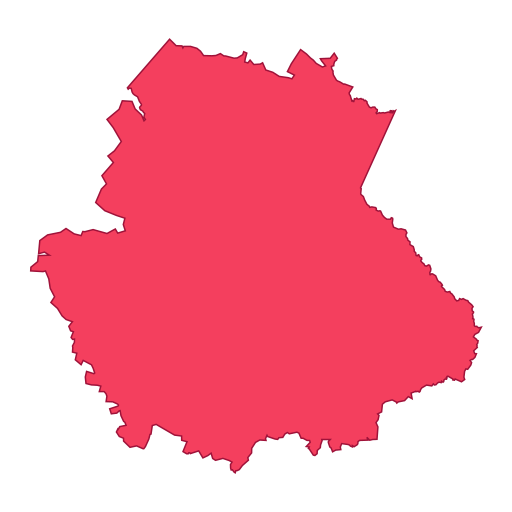 Pixley ka Seme, Northern Cape, South Africa
{"feature_id": "47623444B63696254381244", "entity_name": "Pixley ka Seme", "entity_type": "district", "adm_level": 2, "iso_a3": "ZAF", "parent_name": "South Africa", "parent_adm1": "Northern Cape", "projection": "natural_earth1", "projection_center": [24.003, -30.211], "detail": "fine", "context": "isolated", "style": "filled", "palette": "rose", "viewbox_px": 512, "rotation_deg": 0, "n_neighbors": 0, "source": "geoboundaries", "source_scale": "gbopen_adm2", "svg_char_len": 6001}
<svg xmlns="http://www.w3.org/2000/svg" viewBox="0 0 512 512"><path d="M372.6,439.5L377.0,439.3L377.9,426.9L376.0,422.6L378.1,419.7L379.0,415.4L377.6,413.9L381.6,411.9L382.4,404.2L385.3,401.8L392.2,399.9L396.2,402.0L396.8,403.1L398.2,401.9L404.6,400.6L408.3,396.6L412.1,398.7L411.1,393.1L415.7,391.3L415.9,391.7L418.2,391.3L419.2,392.1L420.0,391.5L420.7,389.4L421.9,387.8L426.5,385.1L431.8,385.9L433.3,383.9L434.4,385.0L436.0,384.7L437.5,383.0L439.0,382.2L441.2,382.6L441.5,381.2L443.0,382.2L443.7,381.6L443.9,380.1L445.2,379.0L446.5,379.2L447.0,377.9L446.4,377.6L447.1,376.4L448.0,376.2L453.0,379.1L452.8,379.9L454.5,380.2L455.1,379.0L461.5,381.8L464.7,379.5L463.9,377.2L464.6,371.3L465.9,368.9L467.7,369.3L470.8,365.1L471.6,362.6L470.0,360.4L471.5,359.5L472.6,359.5L474.9,357.4L476.4,353.7L474.7,353.6L473.7,350.8L477.3,347.4L476.9,346.7L477.1,345.7L476.7,344.6L477.7,343.2L478.1,340.7L477.1,340.3L476.3,339.1L473.4,336.9L474.8,334.4L478.5,332.4L481.3,327.2L478.8,327.8L477.2,326.9L476.8,326.3L475.0,326.4L474.3,325.7L474.3,323.3L473.7,321.4L474.0,319.5L473.7,318.9L472.6,318.7L473.0,317.2L472.4,314.0L473.5,312.7L473.5,311.9L472.2,310.8L472.0,308.3L473.1,306.7L471.7,304.8L468.5,302.1L468.2,301.1L466.9,300.3L466.3,300.4L463.1,298.6L461.5,299.4L459.6,298.6L458.7,300.4L456.8,300.9L454.7,298.7L454.2,296.9L451.8,293.8L450.6,293.1L449.8,291.5L447.3,292.1L445.2,291.3L444.6,289.5L441.5,286.5L441.6,285.7L442.4,285.3L442.0,284.4L440.2,282.2L438.8,281.7L437.6,280.3L435.7,275.8L432.6,273.9L431.3,273.9L430.5,274.7L430.0,274.6L429.8,272.4L430.5,271.4L430.9,268.9L429.7,265.3L428.5,264.9L426.5,266.1L424.8,265.7L423.8,263.7L422.5,262.9L420.8,261.0L420.8,260.4L421.7,259.4L421.6,257.9L419.6,256.8L418.7,254.7L418.2,254.8L417.2,255.8L416.1,255.5L415.7,252.7L414.3,251.4L414.2,249.6L413.3,246.6L409.9,244.6L410.0,241.8L407.9,240.2L407.5,238.5L405.9,236.5L406.0,234.3L406.9,232.9L405.5,230.0L401.1,228.8L398.4,229.2L393.5,227.1L392.3,223.0L392.8,219.0L392.5,218.1L391.3,217.7L390.5,219.2L386.8,219.2L384.4,217.4L382.4,215.1L380.6,211.1L379.9,210.8L378.3,211.1L376.2,210.1L376.3,208.5L375.7,207.6L371.8,206.9L369.8,207.4L369.4,206.3L366.9,204.3L364.6,199.9L363.4,196.6L360.9,194.4L360.7,193.5L361.2,188.6L360.5,187.9L395.4,110.6L394.1,111.3L393.3,110.8L393.0,112.0L392.1,112.9L391.7,112.2L391.7,110.8L390.6,110.6L390.0,111.0L390.4,112.0L390.2,112.6L388.4,112.0L384.5,113.0L383.3,112.6L380.1,113.1L379.6,112.6L376.7,113.7L376.1,112.9L377.3,111.3L377.3,109.6L376.0,108.9L374.8,107.1L372.7,107.1L371.0,107.8L369.4,107.1L367.1,103.3L367.0,101.8L365.4,100.3L364.3,100.7L363.3,99.3L361.5,99.1L361.0,98.5L358.1,99.3L356.8,98.1L355.9,99.0L354.4,98.7L353.8,101.5L353.1,101.5L352.5,100.6L351.9,101.0L350.2,95.4L349.5,94.6L349.1,93.0L352.8,87.0L344.6,84.0L343.9,84.3L339.7,81.8L337.6,81.0L336.4,80.1L333.4,75.0L332.9,72.0L333.1,71.1L331.8,69.1L331.4,66.4L333.8,65.7L333.8,64.1L334.7,61.4L336.5,60.1L336.5,59.5L337.4,58.3L334.2,53.2L330.2,58.3L320.4,58.7L321.5,60.7L325.6,65.9L322.4,67.0L316.2,63.4L313.3,60.1L310.5,58.0L306.5,54.0L300.6,49.6L291.3,63.8L287.4,71.6L294.4,75.1L291.9,78.8L288.3,77.7L279.2,76.4L272.8,72.3L265.8,70.0L262.6,62.8L260.2,64.1L253.8,64.5L250.1,60.1L247.9,62.9L244.7,62.0L245.3,58.5L246.8,53.1L243.7,51.7L242.7,54.7L237.3,57.9L234.1,58.2L225.7,56.0L223.8,55.9L220.4,53.6L215.9,55.5L211.8,55.8L203.6,55.6L200.5,51.2L196.9,48.3L190.5,46.4L183.8,46.4L182.9,47.9L182.0,45.9L176.1,45.7L169.6,39.2L127.4,87.8L128.2,89.2L129.4,88.1L131.2,88.4L132.1,92.0L133.0,93.6L134.4,94.9L137.6,96.8L139.4,101.4L141.4,104.3L141.4,105.3L139.7,107.1L139.6,107.7L140.4,109.7L142.8,111.1L143.5,112.4L144.7,113.5L143.9,117.1L145.4,119.5L144.0,120.8L141.6,115.1L135.1,108.9L132.0,101.4L122.3,100.8L119.1,109.3L107.0,119.4L113.2,127.6L121.3,141.5L114.5,150.8L107.9,156.0L113.4,162.5L101.9,175.7L106.5,183.9L101.4,189.1L95.7,202.5L104.8,210.7L116.4,215.4L124.9,218.2L123.3,224.5L125.3,230.8L117.7,233.1L115.3,229.0L107.0,233.5L93.1,229.6L84.9,231.7L82.8,231.5L81.1,235.6L74.2,233.9L66.0,228.5L60.5,232.3L47.6,234.9L39.8,240.6L38.6,253.7L44.5,252.1L49.4,255.2L38.3,255.6L37.7,261.6L30.9,267.2L30.7,270.9L43.0,271.6L45.5,271.0L48.8,278.9L50.2,288.3L54.6,296.8L50.9,302.5L57.5,308.4L62.1,315.9L66.1,319.5L72.4,321.7L68.8,326.3L70.6,330.8L73.4,331.7L71.1,337.5L72.6,339.4L74.5,339.1L74.4,342.4L72.5,346.0L72.8,347.6L72.5,352.1L76.8,353.2L75.3,359.8L81.1,364.7L83.2,360.4L91.5,364.8L93.2,368.4L94.7,373.0L93.9,373.7L86.6,371.4L85.3,377.0L86.0,383.5L91.5,384.9L97.2,385.2L100.8,386.1L99.3,391.6L104.2,391.6L106.0,393.7L106.9,396.2L106.1,401.6L112.7,401.8L117.7,404.1L118.5,405.1L118.0,406.1L109.7,408.8L111.3,413.8L116.8,413.1L119.3,410.8L120.1,410.6L121.0,415.7L123.6,421.3L124.9,422.3L126.1,425.3L119.8,426.6L118.1,429.4L117.8,429.0L116.4,432.0L119.3,436.5L123.5,438.2L123.6,441.1L130.0,447.3L136.6,445.9L143.0,448.7L143.8,448.7L145.4,446.6L148.8,439.1L150.0,434.4L151.0,434.1L152.3,425.5L156.2,424.4L174.6,435.1L181.6,436.0L181.7,440.3L187.0,441.7L183.0,451.6L186.7,453.8L188.2,453.8L188.7,452.8L189.7,452.7L190.3,453.6L198.7,450.9L202.9,457.9L207.8,455.6L211.1,453.2L212.7,458.5L215.5,460.3L222.9,458.4L229.2,460.5L232.0,462.1L230.5,464.5L230.6,468.1L231.2,470.0L232.4,469.8L234.1,472.1L235.2,472.8L235.8,470.7L237.2,470.6L239.3,469.6L242.4,465.5L248.4,460.2L247.8,457.6L251.6,452.9L251.7,448.3L255.5,442.4L259.8,440.0L266.0,440.4L265.5,438.6L267.0,435.3L267.6,436.5L275.0,439.0L277.7,439.4L278.9,437.7L282.8,437.4L284.8,434.1L287.3,432.5L289.3,433.8L296.9,432.2L298.9,433.1L301.1,438.2L303.2,438.3L307.0,440.4L309.6,440.5L310.2,442.3L306.3,446.5L309.2,447.0L308.4,448.5L309.2,448.9L313.3,455.1L314.9,455.5L317.1,453.7L317.3,450.4L320.3,447.7L320.6,444.8L322.1,440.6L321.8,439.5L330.2,439.5L328.4,441.4L328.3,442.4L329.8,447.0L331.1,448.0L332.6,451.8L335.7,450.1L340.8,449.6L340.3,447.0L341.7,443.6L348.1,444.5L349.6,445.1L350.4,446.1L352.4,446.9L352.4,445.6L354.1,446.7L357.1,444.8L357.8,443.8L358.0,441.6L359.6,440.4L367.9,440.1L366.9,437.3L369.7,440.2L372.6,439.5Z" fill="#f43f5e" stroke="#9f1239" stroke-width="1.5"/></svg>